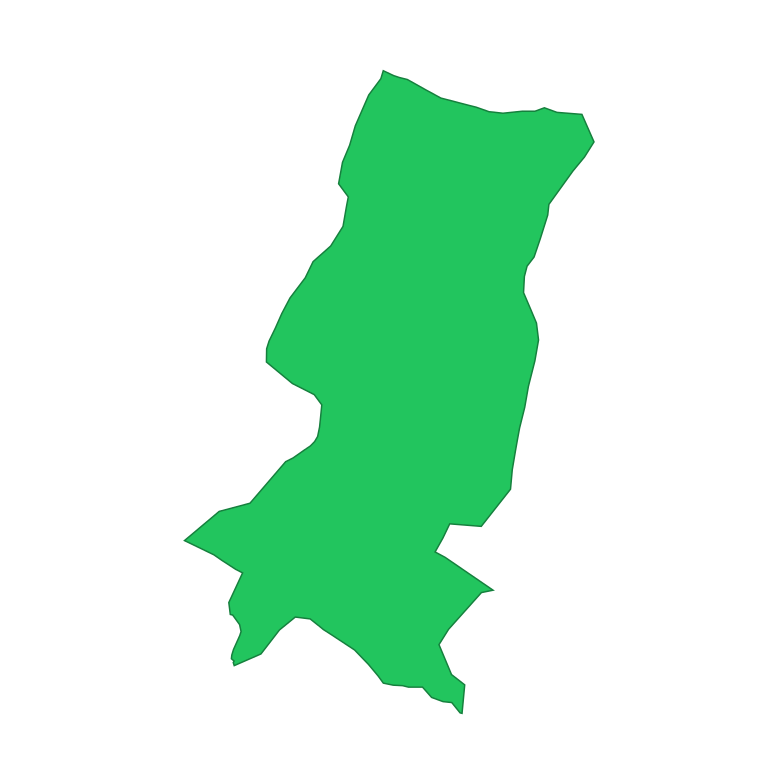 Guyuk, Gombe, Nigeria (Natural Earth projection), rotated 14°
{"feature_id": "59680162B83966420631158", "entity_name": "Guyuk", "entity_type": "district", "adm_level": 2, "iso_a3": "NGA", "parent_name": "Nigeria", "parent_adm1": "Gombe", "projection": "natural_earth1", "projection_center": [11.903, 9.837], "detail": "fine", "context": "isolated", "style": "filled", "palette": "green", "viewbox_px": 768, "rotation_deg": 14, "n_neighbors": 0, "source": "geoboundaries", "source_scale": "gbopen_adm2", "svg_char_len": 1673}
<svg xmlns="http://www.w3.org/2000/svg" viewBox="0 0 768 768"><g transform="rotate(14 384 384)"><path d="M393.7,640.0L399.9,642.2L419.8,649.2L436.7,659.8L448.9,668.7L455.7,674.4L465.8,674.0L475.0,672.2L481.1,672.2L494.7,668.8L506.0,676.6L518.1,677.9L526.8,676.7L537.4,684.7L539.4,684.7L535.1,656.4L519.8,649.6L500.4,623.6L506.0,606.4L529.0,562.8L539.7,557.7L485.2,537.4L474.2,534.6L478.4,519.3L481.6,503.8L512.8,498.6L532.2,455.5L529.2,436.1L527.7,416.7L527.0,406.7L526.2,393.8L526.2,389.8L526.2,372.6L524.7,351.5L524.7,348.6L524.8,325.1L523.3,303.9L517.2,288.0L508.0,275.7L497.3,261.6L495.5,252.4L494.2,245.7L494.3,235.1L498.9,224.5L500.5,205.2L502.0,180.5L500.6,170.2L500.5,169.9L515.8,131.6L523.6,115.3L529.2,98.3L513.5,78.0L510.8,74.5L486.1,78.6L472.8,77.2L464.5,82.8L452.1,85.9L433.9,92.5L424.0,93.8L420.1,94.4L406.4,93.1L398.9,93.1L389.7,93.0L370.0,92.8L353.1,88.4L333.0,82.9L324.6,82.9L319.7,82.5L319.0,82.5L307.5,80.2L307.1,88.5L299.3,107.2L293.7,140.4L292.9,160.6L290.1,178.9L291.5,200.7L304.1,211.1L304.6,220.3L306.1,241.0L298.9,263.0L285.6,282.4L281.9,300.0L272.0,323.2L267.8,340.3L265.1,355.8L262.1,370.1L261.6,378.2L264.6,391.1L295.0,405.7L318.9,411.2L328.7,419.3L328.9,420.7L330.9,434.3L331.9,441.4L332.3,451.0L330.6,456.7L327.5,462.0L322.8,467.2L313.6,477.8L307.4,483.1L292.8,512.2L282.8,532.1L254.9,547.5L228.3,584.2L260.3,590.9L269.5,594.4L284.9,599.7L292.5,601.5L286.3,633.6L290.6,644.8L293.1,644.8L302.1,652.4L305.2,658.8L304.9,663.0L302.2,678.0L301.9,683.9L302.4,687.5L305.6,689.1L305.1,690.7L306.8,693.5L329.9,675.7L342.1,647.9L354.3,631.6L369.2,629.8L382.5,635.9L384.5,636.9L393.7,640.0Z" fill="#22c55e" stroke="#15803d" stroke-width="1.5"/></g></svg>